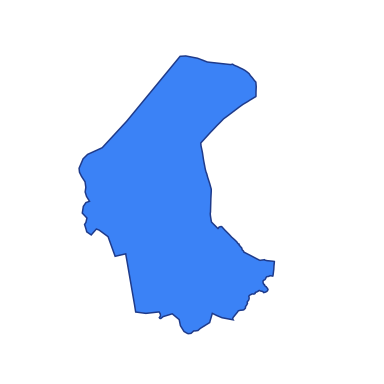 outline of Koro, Mopti, Mali, rotated 297°
{"feature_id": "8926073B21763479745041", "entity_name": "Koro", "entity_type": "district", "adm_level": 2, "iso_a3": "MLI", "parent_name": "Mali", "parent_adm1": "Mopti", "projection": "albers", "projection_center": [-2.891, 14.217], "detail": "fine", "context": "isolated", "style": "filled", "palette": "blue", "viewbox_px": 384, "rotation_deg": 297, "n_neighbors": 0, "source": "geoboundaries", "source_scale": "gbopen_adm2", "svg_char_len": 3270}
<svg xmlns="http://www.w3.org/2000/svg" viewBox="0 0 384 384"><g transform="rotate(297 192 192)"><path d="M59.5,196.3L62.9,206.0L70.2,217.1L69.0,219.1L67.2,220.2L65.2,219.9L64.8,220.8L65.1,221.6L67.9,222.9L74.5,229.7L72.5,238.5L67.6,242.4L64.1,248.2L63.9,252.1L64.1,253.1L65.6,255.3L69.0,256.6L69.8,258.1L71.3,260.2L74.2,261.3L83.7,267.0L86.7,266.4L93.1,265.2L93.2,270.3L93.6,275.8L96.2,284.7L96.8,286.7L97.2,286.1L97.8,285.7L98.9,285.6L102.2,286.3L104.5,286.8L105.5,287.0L107.0,287.2L107.3,287.3L108.8,289.1L109.0,289.5L109.9,290.9L110.5,291.6L111.1,291.8L111.6,291.9L111.9,292.1L112.1,292.2L112.7,292.3L113.2,292.2L114.1,291.7L115.9,292.0L116.8,292.0L117.9,292.0L118.6,291.4L119.2,291.1L119.7,291.3L120.7,291.4L121.7,291.6L123.2,291.2L124.3,290.5L124.9,289.9L126.1,290.2L127.3,290.9L127.7,291.4L128.4,291.8L128.8,292.5L129.1,293.4L129.8,294.1L130.5,294.3L130.9,294.0L131.6,294.3L132.3,295.1L133.0,295.5L133.3,295.7L133.8,296.1L134.3,296.1L134.9,296.8L134.8,297.6L135.1,298.8L135.4,299.9L135.4,300.5L135.1,301.0L134.9,301.6L135.4,302.1L135.9,302.7L137.2,303.7L138.3,304.1L139.6,304.0L140.4,303.0L140.9,301.7L141.3,301.1L141.3,300.4L141.7,299.0L142.4,298.6L142.4,297.8L143.2,296.7L144.5,295.9L145.0,295.7L145.7,295.9L146.2,296.1L146.7,296.6L147.2,296.8L148.1,296.9L148.5,296.9L149.4,296.8L150.1,296.9L150.5,297.1L151.0,297.8L151.5,298.5L152.2,299.1L152.8,299.4L153.2,300.6L153.5,301.2L153.5,301.6L153.6,301.9L153.9,302.2L155.5,301.7L159.3,300.3L160.2,300.0L163.1,298.7L166.9,297.2L167.3,297.1L167.5,296.9L167.0,295.4L164.9,290.0L164.6,288.8L164.4,288.1L164.6,287.3L164.2,286.8L162.7,284.6L162.0,283.7L161.9,283.0L161.9,280.3L162.0,272.2L162.0,269.8L162.0,267.4L162.0,266.1L161.9,265.7L162.4,265.2L162.9,264.3L163.0,264.0L163.1,263.4L163.3,262.9L164.1,262.3L165.0,261.3L165.2,260.2L165.7,259.2L166.1,258.6L166.2,257.9L166.9,257.7L166.9,256.6L167.2,255.7L167.9,254.6L168.3,253.3L168.8,251.7L169.8,247.7L171.1,244.3L173.0,238.5L174.6,234.3L174.6,234.0L173.9,232.8L173.5,232.5L172.9,232.0L172.6,232.0L172.0,231.9L171.4,231.9L171.2,231.6L171.4,231.1L172.8,226.9L173.0,226.2L173.9,223.5L174.0,223.1L175.5,221.9L177.8,220.2L179.8,218.8L181.4,217.9L182.5,217.6L190.7,213.7L194.7,211.8L201.4,208.8L203.2,207.9L204.1,207.1L207.6,203.9L212.2,199.3L214.9,196.9L216.3,195.3L218.0,193.8L219.2,192.8L221.2,191.3L224.9,188.4L226.8,187.0L232.0,183.3L237.2,179.1L238.5,178.3L239.2,177.8L239.5,177.6L240.5,177.8L254.0,181.5L256.6,182.3L262.7,184.1L267.2,185.6L271.5,186.9L277.7,190.0L289.3,195.6L293.2,197.6L297.9,200.6L300.2,201.9L302.2,203.2L304.7,204.7L305.0,204.9L305.5,205.3L305.9,205.5L306.5,205.5L306.8,205.3L310.2,203.6L315.0,201.4L318.9,199.0L319.7,196.9L321.2,193.8L322.2,191.2L323.4,189.1L324.0,186.4L324.4,183.8L324.5,181.1L324.4,178.0L324.4,175.4L324.1,172.3L324.3,170.1L323.0,168.5L323.0,168.4L314.8,146.7L313.7,136.2L310.4,124.7L307.5,119.8L225.5,101.7L190.7,91.9L184.9,87.3L178.1,81.9L172.2,79.9L161.9,80.6L158.5,82.8L155.8,86.4L152.5,92.1L147.9,95.3L143.5,96.8L140.2,100.0L137.2,104.9L134.4,102.3L129.9,101.7L123.4,103.8L121.1,110.2L116.7,111.3L114.3,111.0L112.5,112.8L110.3,114.9L108.7,116.3L108.0,121.7L115.6,123.6L115.9,126.6L114.1,137.5L99.8,152.7L106.8,161.0L99.1,166.8L78.5,182.2L64.6,192.6L59.5,196.3Z" fill="#3b82f6" stroke="#1e3a8a" stroke-width="1.5"/></g></svg>